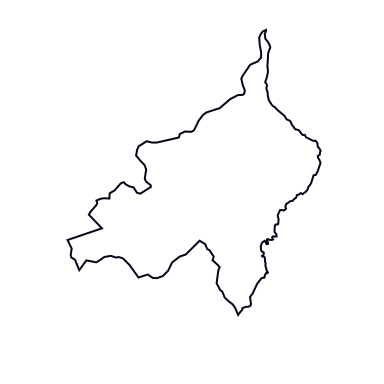 Ouadda, Haute-Kotto, Central African Republic, rotated 342°
{"feature_id": "33826404B85937091100445", "entity_name": "Ouadda", "entity_type": "district", "adm_level": 2, "iso_a3": "CAF", "parent_name": "Central African Republic", "parent_adm1": "Haute-Kotto", "projection": "mercator", "projection_center": [22.72, 8.057], "detail": "fine", "context": "isolated", "style": "outline", "palette": "ink", "viewbox_px": 384, "rotation_deg": 342, "n_neighbors": 0, "source": "geoboundaries", "source_scale": "gbopen_adm2", "svg_char_len": 3349}
<svg xmlns="http://www.w3.org/2000/svg" viewBox="0 0 384 384"><g transform="rotate(342 192 192)"><path d="M312.4,60.8L309.0,61.1L306.0,63.2L303.6,66.0L301.9,72.8L300.9,80.5L299.3,85.4L294.8,88.2L286.7,88.9L275.8,97.4L273.9,99.5L273.3,106.1L273.6,111.7L272.1,114.6L270.3,115.3L265.6,114.0L256.9,115.5L244.3,120.8L230.1,120.8L225.7,122.4L220.3,126.3L212.9,134.0L209.8,134.5L206.5,133.3L203.9,132.3L198.4,133.1L196.3,136.1L173.7,134.1L169.2,132.6L164.5,129.7L155.3,132.1L152.8,135.0L150.1,140.0L152.2,145.5L155.2,151.7L155.4,156.4L151.2,164.7L151.5,167.6L153.1,170.3L154.8,172.8L154.4,174.5L142.4,177.6L139.4,175.7L137.9,169.6L133.8,167.0L131.3,164.2L130.1,161.6L127.4,161.6L124.2,163.3L119.1,166.5L113.3,167.8L111.4,172.7L106.8,170.9L103.2,170.2L98.5,170.6L98.3,173.6L96.7,175.1L89.1,179.6L86.9,181.7L88.5,185.0L95.1,198.7L58.8,199.2L60.1,208.7L58.5,211.7L57.2,214.2L57.0,217.1L59.8,220.2L60.6,231.5L70.4,224.4L79.3,229.3L82.5,228.6L88.7,226.7L95.2,227.7L99.3,230.8L102.4,231.3L105.8,233.8L110.0,242.0L114.7,256.8L124.5,256.8L128.1,261.6L132.0,263.1L138.4,262.9L145.1,259.4L151.4,252.8L160.4,249.6L166.8,249.5L184.2,240.7L188.5,245.8L188.8,250.9L190.7,252.8L192.7,260.2L190.5,263.3L193.9,269.2L195.1,272.0L192.7,274.9L187.2,286.4L188.5,293.9L190.0,295.9L190.5,302.5L193.0,307.2L195.9,311.3L197.2,315.1L197.9,323.2L200.3,321.4L203.4,319.5L204.0,318.1L205.4,317.9L207.6,317.9L209.3,318.3L210.9,318.5L212.4,318.3L213.5,316.8L214.7,309.8L218.6,307.0L225.5,299.5L231.0,295.8L232.4,295.3L233.5,295.7L234.6,295.7L235.1,294.4L235.9,293.4L237.3,292.3L238.1,291.6L238.8,292.3L239.3,292.0L238.9,290.5L238.8,289.2L239.1,284.4L239.9,282.9L240.0,280.6L241.0,276.7L240.3,275.6L238.9,275.1L238.9,274.3L240.2,274.0L241.0,273.4L241.5,271.7L240.0,270.2L239.8,268.3L240.6,264.9L242.8,261.9L244.3,261.4L245.9,260.8L246.5,261.6L246.5,263.2L246.7,264.2L247.2,264.8L248.1,264.9L248.6,263.6L248.5,262.4L248.4,260.8L248.9,260.1L249.9,260.4L250.6,261.2L251.5,261.7L252.3,262.0L253.5,262.3L254.4,262.2L254.2,261.2L254.2,259.9L254.9,259.3L255.8,259.4L257.3,260.0L258.6,260.4L259.2,258.5L258.7,257.2L258.2,255.4L259.1,252.8L260.4,249.6L261.5,248.8L262.6,249.0L263.3,249.3L264.2,248.9L265.9,244.6L266.3,240.6L270.1,236.5L271.5,236.7L273.0,237.7L273.8,237.8L275.3,237.5L276.3,236.9L276.3,234.7L277.8,232.6L280.0,232.0L281.7,231.3L283.6,231.2L284.9,231.6L286.0,230.9L286.7,230.3L288.0,230.0L289.0,229.7L289.8,229.0L290.3,228.1L290.7,227.4L291.7,227.2L292.6,227.5L293.2,227.6L294.1,227.0L294.5,226.7L295.3,226.8L296.0,227.8L296.6,228.2L298.4,227.5L300.1,227.0L302.1,225.9L303.4,224.5L304.0,223.3L305.4,222.4L306.9,221.4L308.3,220.0L312.8,213.7L315.0,214.0L318.0,211.1L321.3,206.6L323.2,204.1L323.1,200.9L322.5,198.8L322.7,196.7L325.1,196.0L326.0,193.8L327.0,192.7L326.7,190.2L326.3,189.2L325.6,188.0L326.3,184.4L326.0,182.7L325.0,181.2L323.2,180.9L317.4,175.2L316.9,172.5L314.9,172.0L313.8,169.6L313.3,167.7L312.8,166.5L311.0,165.0L309.6,164.2L307.9,159.1L307.3,154.7L304.4,152.1L303.5,148.2L298.5,140.2L297.0,136.9L295.5,135.2L294.7,133.5L293.5,128.2L293.8,124.3L294.8,120.0L294.6,117.0L295.1,115.6L296.2,114.3L296.3,112.6L295.8,111.1L295.6,110.1L298.4,106.3L301.3,101.4L302.1,98.5L302.5,95.7L304.0,92.3L306.8,84.7L308.2,82.1L311.1,78.9L311.2,77.6L310.8,73.9L310.3,71.9L309.1,69.0L309.6,66.8L309.9,64.3L312.0,61.9L312.4,60.8Z" fill="none" stroke="#020617" stroke-width="2"/></g></svg>